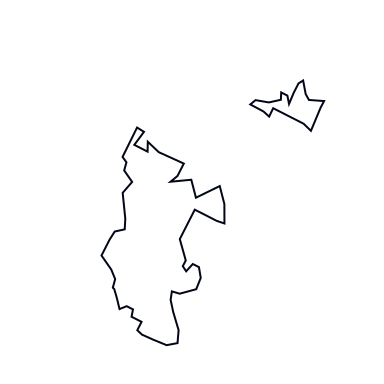 the state/province of Islands, rotated 297°
{"feature_id": "HKG-5170", "entity_name": "Islands", "entity_type": "state/province", "adm_level": 1, "iso_a3": "HKG", "parent_name": "Hong Kong S.A.R.", "parent_adm1": "", "projection": "natural_earth1", "projection_center": [113.979, 22.247], "detail": "fine", "context": "isolated", "style": "outline", "palette": "ink", "viewbox_px": 384, "rotation_deg": 297, "n_neighbors": 0, "source": "natural_earth", "source_scale": "10m", "svg_char_len": 1080}
<svg xmlns="http://www.w3.org/2000/svg" viewBox="0 0 384 384"><g transform="rotate(297 192 192)"><path d="M50.8,247.7L44.0,238.9L42.8,224.2L42.2,212.2L44.0,206.0L53.4,206.0L53.4,194.8L60.6,192.7L60.6,185.6L54.8,180.6L55.2,180.2L63.5,173.1L70.2,166.8L70.8,164.9L79.5,163.1L86.3,155.2L94.3,140.2L112.1,140.2L121.7,141.1L128.2,149.0L137.9,144.7L159.8,130.6L173.8,134.1L180.4,121.8L188.7,120.1L191.7,114.2L224.5,113.8L223.8,121.9L207.8,119.2L207.8,134.1L216.7,129.8L212.4,144.3L213.6,171.8L199.7,171.8L191.4,168.2L202.6,185.8L188.7,198.1L209.9,214.0L196.0,226.3L178.7,235.2L177.5,227.2L177.5,202.5L166.6,202.5L157.6,202.5L144.5,202.5L128.2,217.5L121.7,217.5L118.7,222.8L128.2,225.4L128.2,232.3L119.4,238.8L107.3,239.9L95.8,227.2L94.3,219.2L86.2,221.9L76.6,229.7L62.8,242.8L50.8,247.7ZM325.5,268.3L300.5,270.2L303.5,260.5L303.5,226.3L294.2,226.5L296.2,219.2L296.5,204.2L302.7,206.9L306.7,219.8L314.5,229.3L321.2,226.3L321.2,233.2L314.5,238.5L326.3,237.6L337.1,237.6L341.8,240.4L330.9,248.8L327.1,254.4L333.0,268.4L325.5,268.3Z" fill="none" stroke="#020617" stroke-width="2"/></g></svg>